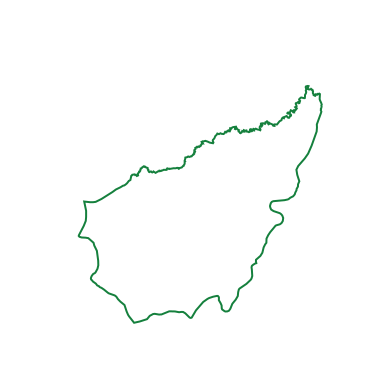 outline of Na Khu, Kalasin, Thailand, rotated 203°
{"feature_id": "78962969B7237235401003", "entity_name": "Na Khu", "entity_type": "district", "adm_level": 2, "iso_a3": "THA", "parent_name": "Thailand", "parent_adm1": "Kalasin", "projection": "albers", "projection_center": [104.002, 16.745], "detail": "fine", "context": "isolated", "style": "outline", "palette": "green", "viewbox_px": 384, "rotation_deg": 203, "n_neighbors": 0, "source": "geoboundaries", "source_scale": "gbopen_adm2", "svg_char_len": 6094}
<svg xmlns="http://www.w3.org/2000/svg" viewBox="0 0 384 384"><g transform="rotate(203 192 192)"><path d="M256.6,100.7L251.5,92.1L249.6,87.9L249.0,84.4L249.4,80.3L249.8,79.3L250.9,78.0L251.5,75.7L251.5,73.8L251.2,72.7L250.6,72.0L249.4,71.6L248.3,70.9L244.7,70.1L242.8,69.0L240.7,68.9L239.9,68.4L237.9,68.4L234.9,67.8L230.1,66.4L228.9,66.2L222.7,66.6L220.8,66.1L218.2,64.4L215.1,63.1L210.0,61.6L205.5,56.5L202.9,54.0L201.3,52.9L194.2,49.0L189.5,52.4L183.7,57.4L182.5,61.5L180.1,64.5L178.7,65.3L174.5,66.3L172.2,67.4L166.3,73.3L161.0,75.4L156.9,76.3L155.2,77.3L153.3,78.1L150.7,77.7L145.2,75.5L144.3,75.5L143.7,75.8L143.2,76.3L142.1,84.6L138.7,95.2L136.0,99.6L134.8,101.1L131.6,103.9L128.6,106.0L127.6,106.4L126.5,105.9L125.9,105.2L125.0,102.9L122.3,100.9L120.4,99.1L119.2,96.6L118.4,95.7L115.4,95.0L114.4,95.1L112.7,96.0L111.6,97.2L111.1,99.5L111.2,104.9L109.7,110.0L109.2,114.1L110.4,118.0L110.8,120.6L110.5,121.7L106.0,128.7L103.7,134.0L103.4,135.5L103.7,138.2L106.6,144.0L107.7,145.8L108.0,147.1L107.9,147.7L107.1,149.2L105.8,151.0L105.0,151.6L106.2,153.4L106.6,154.7L104.1,159.8L103.5,163.6L104.4,169.0L104.2,172.4L103.7,174.3L105.2,178.2L105.0,182.0L104.3,185.7L101.9,193.7L101.0,194.6L98.6,196.5L98.1,197.2L97.4,198.6L97.1,200.8L97.9,203.7L99.7,205.6L101.2,206.4L102.9,206.8L109.5,206.3L112.3,206.8L113.3,207.7L114.4,209.0L114.8,209.9L115.1,212.5L114.7,214.1L113.6,215.3L103.7,220.6L101.0,222.5L100.3,223.2L99.3,225.1L97.2,227.6L96.5,229.9L96.7,231.9L96.5,234.4L96.9,235.6L96.6,238.4L97.4,240.5L97.4,243.8L101.8,248.9L104.6,253.3L104.4,257.4L101.3,267.0L100.1,272.7L100.0,281.4L100.9,296.4L102.2,300.3L103.5,303.0L104.1,314.6L104.3,316.5L105.5,317.7L105.5,318.4L105.9,319.0L105.8,319.8L106.1,321.3L106.7,322.1L106.7,323.1L107.8,324.4L110.0,326.4L110.8,327.4L112.5,332.1L113.3,332.3L113.9,331.7L114.4,330.8L115.0,331.1L115.3,330.5L116.0,330.2L116.2,329.8L116.6,330.0L116.7,329.8L116.0,329.1L116.2,328.6L117.8,328.7L117.9,329.4L118.7,329.6L119.5,330.4L119.8,331.7L120.6,332.8L121.1,332.6L121.4,333.1L122.5,333.4L122.5,333.0L123.3,332.8L124.2,332.1L125.3,332.0L126.1,333.1L126.1,335.0L126.8,334.9L128.3,333.8L128.4,333.4L128.3,332.9L126.9,331.1L126.9,329.8L125.9,328.6L125.7,327.3L125.9,325.5L125.2,323.8L124.9,322.5L125.4,322.2L128.2,321.7L128.6,321.5L129.4,319.9L129.6,319.1L129.3,318.7L128.1,318.1L127.9,315.8L128.2,315.6L128.8,316.7L129.0,316.7L129.7,316.0L130.2,315.0L131.1,314.3L131.0,313.7L129.7,312.5L129.2,311.6L130.2,310.4L129.5,310.0L128.2,309.9L128.4,308.5L129.0,307.7L129.0,307.0L129.3,306.9L130.1,307.2L130.5,306.4L129.6,306.0L129.1,305.2L129.8,304.9L131.8,305.8L133.0,305.8L133.0,303.0L133.4,302.7L134.6,302.8L135.0,302.2L135.0,301.8L134.3,301.6L133.6,302.0L131.8,302.1L130.9,301.6L130.7,301.0L130.9,300.5L131.5,300.2L131.5,298.4L131.9,298.1L132.9,298.0L134.6,298.9L136.3,297.1L136.2,295.8L136.5,295.8L137.3,296.2L137.8,295.3L137.9,294.2L137.7,293.0L138.8,291.7L139.2,290.9L140.1,287.4L142.6,286.4L142.7,285.7L142.1,285.0L142.4,284.9L143.3,284.8L144.3,285.6L147.1,285.6L148.2,285.9L148.4,285.6L147.8,284.4L148.0,284.2L148.8,284.8L149.1,285.6L150.3,286.4L150.6,286.4L151.0,285.5L151.6,284.9L151.1,284.1L151.4,283.2L152.5,283.3L153.8,282.9L154.6,282.3L155.1,282.2L155.3,281.9L155.0,281.2L154.0,281.7L153.6,281.5L153.3,280.9L153.5,279.9L154.1,280.5L154.4,280.5L154.9,279.5L155.1,278.3L154.9,277.8L153.3,276.1L153.3,275.5L154.5,275.5L156.4,275.1L158.1,275.2L158.9,274.1L159.8,274.1L159.7,273.7L158.9,273.3L158.8,273.0L159.7,272.9L160.5,271.6L160.9,271.7L161.1,272.1L160.8,273.2L162.8,272.6L163.0,272.2L162.8,271.8L161.9,272.0L161.6,271.8L161.5,270.8L161.8,270.6L162.7,270.7L162.7,269.6L163.0,269.3L164.3,269.3L165.4,269.0L166.0,269.9L167.1,269.1L168.5,269.2L168.5,268.8L167.6,268.4L167.4,268.0L168.5,267.6L169.6,267.7L169.6,266.2L170.3,265.1L170.9,265.1L171.4,265.7L172.8,265.9L173.2,266.6L173.0,267.3L174.9,267.5L175.9,268.3L176.2,268.1L176.6,266.8L177.1,266.8L177.3,267.6L176.7,268.9L177.0,269.3L179.5,267.8L180.3,266.9L180.5,265.9L181.8,265.7L181.7,265.2L180.9,264.6L180.9,262.6L181.5,262.4L181.8,263.3L182.3,263.2L183.3,262.1L183.6,260.3L184.1,260.1L184.7,260.5L185.0,260.4L185.1,258.6L185.6,257.7L187.5,257.1L188.7,257.2L189.8,255.8L191.5,255.7L191.7,254.2L192.4,252.6L192.4,250.0L193.1,248.1L192.9,247.2L191.6,245.9L191.7,245.1L194.9,244.4L197.2,244.5L199.7,244.3L201.0,243.2L202.0,242.8L202.0,242.4L202.6,242.0L202.2,241.7L202.2,241.4L201.5,241.4L201.0,241.0L201.4,240.9L201.6,240.5L202.0,240.6L201.7,239.7L202.0,239.2L202.0,238.3L202.3,238.2L202.2,237.4L202.8,236.8L203.1,236.8L203.1,236.3L204.1,236.2L204.4,235.4L205.1,235.4L205.1,234.9L205.6,234.7L205.7,234.0L206.1,233.8L205.6,233.0L206.2,231.7L206.0,230.8L205.4,230.8L205.1,230.6L205.2,230.4L204.9,229.4L205.4,229.1L205.4,227.8L205.0,227.6L205.3,226.8L205.7,226.6L206.3,224.7L206.8,224.6L206.9,224.3L208.2,223.2L209.1,223.3L209.7,222.9L209.8,222.4L211.6,221.1L211.2,220.0L211.0,217.9L210.3,217.5L210.6,217.0L209.9,215.4L209.8,214.3L210.1,213.3L209.9,212.9L210.5,212.2L211.0,210.6L212.8,209.2L213.2,208.2L213.7,208.3L213.9,208.8L214.6,208.6L215.2,208.4L216.2,207.5L218.2,206.7L221.9,204.3L222.2,204.5L222.6,204.2L224.0,204.1L224.2,203.3L224.0,202.7L224.4,202.5L224.5,202.2L226.7,201.4L227.6,200.3L228.5,199.8L228.5,199.5L229.0,199.0L230.4,198.9L230.5,198.1L231.2,197.9L233.0,195.4L235.4,195.8L235.4,195.4L236.2,194.5L236.9,194.5L237.5,194.9L238.3,194.6L238.9,193.7L239.5,193.7L240.9,194.9L240.8,195.2L241.1,195.3L241.3,195.7L242.0,196.0L242.3,196.8L245.3,196.6L245.3,197.0L245.8,197.0L246.6,196.7L246.8,196.0L247.4,195.4L247.6,194.3L248.4,193.6L248.1,192.9L248.3,192.0L247.9,191.4L248.1,190.4L248.6,190.1L248.3,189.7L249.1,187.7L248.1,186.2L249.0,185.2L250.1,185.8L250.9,185.8L251.1,185.4L251.9,185.7L253.7,184.5L253.7,184.0L254.2,183.2L253.4,178.9L254.5,177.5L255.2,174.7L256.1,172.8L257.0,171.5L258.0,170.8L259.7,168.4L263.0,164.6L265.2,160.9L272.6,150.2L276.8,145.3L279.0,144.0L282.1,142.7L287.5,141.1L282.1,133.3L279.7,127.6L278.5,123.9L278.4,118.5L279.2,108.3L279.1,107.3L278.1,106.8L275.9,107.0L272.0,108.4L269.4,109.0L262.8,106.8L261.0,104.5L256.6,100.7Z" fill="none" stroke="#15803d" stroke-width="2"/></g></svg>